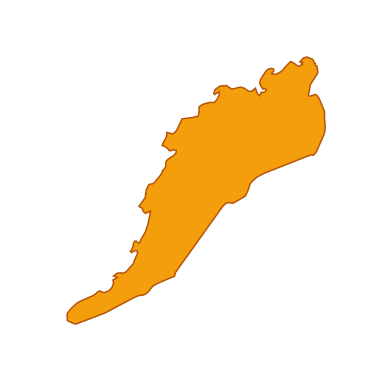 the Department of Comoe, rotated 45°
{"feature_id": "CIV-3460", "entity_name": "Comoe", "entity_type": "Department", "adm_level": 1, "iso_a3": "CIV", "parent_name": "Ivory Coast", "parent_adm1": "", "projection": "equal_earth", "projection_center": [-3.5, 6.565], "detail": "fine", "context": "isolated", "style": "filled", "palette": "amber", "viewbox_px": 384, "rotation_deg": 45, "n_neighbors": 0, "source": "natural_earth", "source_scale": "10m", "svg_char_len": 2793}
<svg xmlns="http://www.w3.org/2000/svg" viewBox="0 0 384 384"><g transform="rotate(45 192 192)"><path d="M251.9,80.1L249.7,81.9L230.1,126.9L227.3,135.7L227.1,143.9L227.8,146.2L229.9,149.9L232.2,155.8L232.6,157.3L229.3,169.9L228.4,171.4L225.2,173.7L224.0,176.1L223.8,179.9L237.2,260.6L239.2,263.9L232.5,280.3L230.9,286.0L230.9,287.4L231.5,292.0L231.6,294.7L231.3,296.8L230.9,298.3L230.4,299.3L229.3,300.9L227.7,302.7L226.1,306.3L215.9,339.4L203.6,366.7L203.0,367.6L202.4,368.2L201.5,368.7L194.7,371.1L192.5,368.9L190.7,367.5L189.4,365.0L189.0,359.5L189.0,358.0L189.1,353.4L189.8,349.3L195.3,335.2L195.8,332.7L195.9,329.7L196.5,327.4L197.9,326.6L199.6,326.1L201.2,325.0L203.1,320.5L202.8,315.9L201.1,312.1L198.3,310.1L198.7,309.0L199.2,306.4L199.6,305.4L196.9,306.3L195.9,306.9L196.4,302.5L198.4,300.0L200.7,298.0L201.8,295.2L201.2,283.7L199.9,281.8L197.0,274.0L194.8,272.5L193.0,273.9L192.1,277.6L190.2,277.3L190.5,276.4L189.5,273.9L188.4,271.4L187.5,270.7L186.7,269.0L186.3,267.1L187.3,266.2L190.6,265.8L190.8,264.6L189.7,262.4L187.3,253.2L183.4,245.5L176.3,234.9L174.1,240.1L171.4,240.2L168.2,238.8L164.6,239.6L162.8,228.5L161.7,227.6L158.4,223.1L157.7,221.7L157.5,221.0L157.1,220.0L156.6,218.7L156.4,217.0L156.8,216.2L157.6,215.1L158.5,213.8L158.8,212.3L157.8,202.0L157.1,199.8L156.3,198.2L155.8,194.4L155.4,192.7L154.7,191.7L152.6,189.5L151.9,188.0L152.0,185.1L153.3,178.5L153.0,175.5L151.2,173.6L149.6,174.8L147.2,178.6L146.3,178.7L142.5,178.6L140.1,179.2L137.9,180.2L136.9,177.6L136.5,176.4L135.6,173.1L134.5,170.2L132.1,167.6L137.4,164.6L137.7,159.7L133.3,147.3L140.5,137.9L140.9,136.3L142.8,134.7L141.1,131.4L138.3,128.2L136.9,126.9L137.3,123.3L139.2,119.2L141.5,115.8L143.1,114.4L144.6,112.6L144.2,108.5L142.6,104.2L140.2,101.8L139.2,107.0L137.5,106.8L135.9,103.1L136.9,97.3L140.9,92.5L147.2,91.1L149.1,88.6L150.5,85.9L152.3,83.5L155.4,81.7L160.7,80.8L163.0,78.7L163.4,73.8L169.4,76.4L171.7,76.1L170.4,72.4L171.4,71.8L172.1,71.0L172.6,69.9L172.7,68.3L172.1,67.0L170.7,67.4L169.5,68.4L169.4,69.1L164.5,68.0L162.7,66.8L161.2,64.4L160.5,62.2L158.9,54.8L158.9,52.0L160.3,48.9L162.3,47.4L164.1,48.1L164.6,52.0L166.7,50.8L167.7,49.9L168.4,48.5L169.4,45.6L170.0,42.7L169.9,40.3L169.5,37.9L169.4,31.2L169.6,29.8L174.0,28.6L177.4,28.4L178.7,27.3L179.8,23.8L179.1,23.8L178.9,23.6L178.9,23.0L178.7,22.2L177.5,23.2L176.3,23.8L176.0,18.8L177.6,15.4L183.0,13.1L183.8,12.9L184.4,13.1L187.1,14.2L188.2,13.8L189.6,15.1L190.3,15.0L191.2,14.6L192.1,15.1L193.2,16.0L195.2,17.4L196.3,18.6L197.0,19.8L199.5,31.4L199.9,32.4L200.4,33.4L201.0,34.4L202.7,36.4L205.4,40.7L206.5,41.3L207.3,41.1L207.9,40.4L208.9,38.6L210.3,35.6L212.5,35.4L216.1,36.1L228.4,41.2L230.4,42.9L234.2,46.8L239.9,51.5L242.6,54.7L244.6,57.7L251.6,75.8L251.9,80.0L251.9,80.1Z" fill="#f59e0b" stroke="#b45309" stroke-width="1.5"/></g></svg>